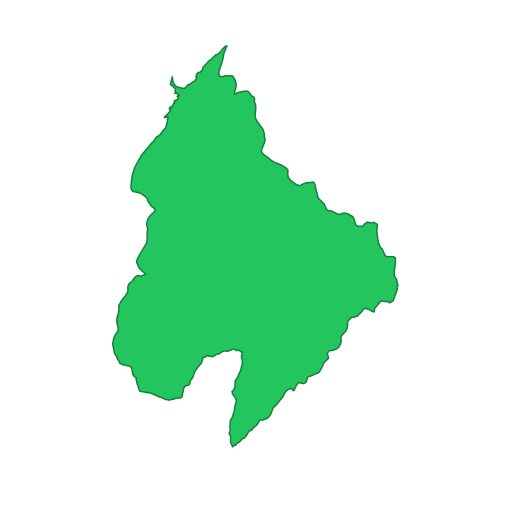 outline of Encino, Santander, Colombia, rotated 20°
{"feature_id": "7082276B76520199809623", "entity_name": "Encino", "entity_type": "district", "adm_level": 2, "iso_a3": "COL", "parent_name": "Colombia", "parent_adm1": "Santander", "projection": "equal_earth", "projection_center": [-73.108, 6.085], "detail": "fine", "context": "isolated", "style": "filled", "palette": "green", "viewbox_px": 512, "rotation_deg": 20, "n_neighbors": 0, "source": "geoboundaries", "source_scale": "gbopen_adm2", "svg_char_len": 6139}
<svg xmlns="http://www.w3.org/2000/svg" viewBox="0 0 512 512"><g transform="rotate(20 256 256)"><path d="M276.3,353.9L276.9,355.8L279.6,360.4L280.0,362.0L280.1,363.4L280.4,363.9L280.3,365.9L280.7,368.6L280.3,372.4L280.3,376.1L279.8,377.4L279.3,381.0L281.0,385.8L280.9,388.6L280.8,389.7L279.8,391.6L281.4,393.9L284.4,395.8L286.8,398.2L287.1,398.8L287.5,403.8L288.9,410.6L288.6,411.2L288.9,413.6L288.9,415.4L288.3,419.0L288.4,420.1L289.9,425.4L290.3,426.4L290.9,427.1L291.3,428.1L291.4,432.0L293.9,434.2L296.0,440.2L297.5,441.3L299.1,443.2L299.8,442.1L301.6,440.8L302.0,439.0L302.5,438.2L303.9,436.6L305.8,432.3L307.0,431.5L307.5,430.6L308.3,428.6L309.3,423.1L311.6,421.0L312.6,417.6L312.9,417.5L314.3,414.9L315.2,411.9L315.5,409.8L315.9,408.9L316.6,408.3L318.1,408.1L320.1,406.3L321.2,405.6L322.0,404.7L323.1,402.8L324.0,399.1L324.0,393.5L324.4,392.0L325.3,390.5L326.2,388.5L329.6,378.4L329.7,375.0L331.4,371.0L332.1,370.0L334.6,368.4L335.2,368.6L336.6,369.7L337.4,369.7L337.8,369.1L338.1,364.0L338.9,361.1L339.3,360.4L344.1,359.7L345.2,358.8L346.0,357.7L346.4,356.1L345.8,352.4L346.5,351.5L348.7,349.9L350.0,348.7L351.8,346.6L353.7,345.3L354.7,344.2L355.2,342.8L356.0,338.7L356.2,336.5L356.2,333.9L357.5,330.5L358.7,328.4L359.0,327.3L358.9,326.8L356.7,323.8L356.4,322.8L356.9,320.6L357.6,319.6L359.8,318.9L363.4,315.9L365.0,313.3L365.5,310.3L365.4,308.2L364.8,305.8L363.5,303.4L363.6,302.0L365.8,296.4L366.3,294.6L366.4,293.2L365.7,289.6L364.7,287.0L364.6,286.2L366.0,282.6L366.9,281.0L370.2,279.1L372.1,277.5L372.4,276.3L373.6,274.0L374.4,272.0L375.3,268.7L376.6,267.9L380.5,267.7L382.3,267.8L383.0,268.2L383.9,268.4L385.2,268.3L386.1,268.0L386.0,266.4L385.4,265.3L385.4,264.7L388.4,256.7L389.0,255.7L390.3,254.9L392.3,254.8L394.6,254.0L396.4,253.8L396.9,254.1L397.8,254.2L400.2,251.1L400.2,238.9L400.0,238.3L399.5,238.0L399.2,237.4L399.5,235.1L398.6,234.1L396.1,230.0L392.8,227.3L392.1,225.6L390.9,221.9L389.5,215.2L387.5,209.9L385.2,209.7L380.5,211.4L378.5,211.9L377.4,211.4L375.5,209.8L372.5,206.5L370.1,205.4L366.6,201.8L364.7,198.5L360.9,191.2L359.8,186.3L359.1,184.9L358.2,184.4L356.8,184.8L356.0,184.1L355.4,184.0L353.0,185.5L349.0,186.1L346.7,189.4L346.7,190.7L345.7,191.9L344.2,192.1L343.2,192.8L341.2,193.1L339.1,192.7L335.1,187.3L333.4,185.9L327.4,184.9L324.1,185.4L321.4,187.5L319.3,188.8L311.1,187.9L308.6,188.6L307.5,188.6L306.0,187.6L303.3,185.1L302.3,183.8L295.5,180.7L293.9,179.5L292.6,177.2L289.9,173.5L287.7,169.8L285.9,167.5L284.5,166.9L281.7,168.5L279.2,169.4L277.3,170.8L274.8,172.9L273.7,174.8L269.9,175.1L265.0,173.9L261.0,172.3L258.8,170.3L257.6,167.6L256.6,164.4L256.1,163.9L253.9,163.0L248.7,161.8L240.5,161.6L237.2,160.8L233.4,159.3L229.7,158.5L227.0,157.3L225.2,155.7L224.9,153.6L225.2,146.5L224.6,143.1L223.0,140.7L221.4,137.3L219.0,134.4L211.9,129.7L209.5,127.7L207.9,126.0L207.1,124.2L205.4,117.6L204.1,114.5L201.8,111.6L201.0,109.3L199.9,107.5L197.9,107.2L196.4,106.6L193.7,104.6L192.1,104.1L190.4,104.4L187.7,105.7L184.1,107.9L182.1,109.5L180.8,111.2L180.2,110.9L179.7,109.3L179.6,104.8L178.4,100.9L176.6,98.3L172.8,94.9L171.4,95.1L165.6,97.1L163.1,99.0L161.3,99.4L159.8,99.3L158.7,97.5L158.1,94.9L157.7,84.0L157.2,80.3L156.8,78.5L156.5,75.9L156.9,68.8L155.7,69.1L155.3,69.7L153.8,72.9L153.1,75.3L151.9,78.1L151.0,79.5L149.4,80.8L148.0,83.6L147.3,84.6L147.4,85.5L147.2,86.3L146.3,86.9L144.5,89.7L144.3,91.2L142.2,95.1L141.6,97.6L142.1,99.5L141.7,100.5L141.3,100.7L140.7,102.3L140.1,102.9L139.2,103.0L138.0,105.4L138.2,107.7L138.4,108.0L138.7,107.3L139.1,108.0L139.3,109.4L138.9,111.9L138.2,113.0L136.6,114.8L136.0,115.9L135.6,116.3L135.3,117.5L133.7,117.9L132.3,121.4L131.4,122.9L129.9,123.5L125.6,123.9L124.6,124.2L123.1,123.9L119.9,122.3L117.2,118.6L116.0,115.9L116.8,124.0L117.2,124.4L118.5,124.4L121.3,125.8L122.4,126.1L123.1,126.8L124.1,129.7L124.3,130.9L125.9,129.9L126.2,129.9L127.2,131.1L128.8,131.4L128.9,131.8L128.6,132.3L127.4,132.9L127.7,133.3L128.7,134.0L128.9,134.7L128.9,135.4L127.6,136.8L126.3,137.8L126.3,138.6L127.4,139.8L127.4,140.4L126.5,140.5L125.8,145.8L125.6,146.1L124.7,145.2L124.2,146.9L124.4,147.6L125.5,148.5L125.7,149.4L124.7,151.9L124.5,153.0L122.5,156.4L122.5,156.9L123.0,157.1L125.2,155.8L125.8,155.6L126.3,155.8L126.1,157.9L126.3,158.8L126.7,159.3L126.7,160.8L127.1,163.5L127.1,167.1L125.9,169.6L124.5,174.4L123.4,176.5L121.7,178.2L120.9,182.1L118.9,186.6L114.0,200.2L111.8,213.6L111.8,216.2L112.2,222.7L113.3,228.0L115.1,234.6L116.4,236.3L118.1,237.4L123.7,236.7L127.1,236.6L133.2,238.6L134.3,239.5L135.5,241.2L137.3,242.7L140.9,245.1L144.9,246.4L145.4,247.6L145.3,249.4L144.5,251.1L143.4,252.7L142.4,255.5L141.9,258.0L141.8,260.1L142.3,262.9L143.1,264.9L144.8,267.2L146.3,273.2L147.4,275.8L148.7,280.1L148.7,281.4L146.0,295.9L145.5,299.5L145.6,301.2L146.0,302.8L149.7,306.7L151.1,307.8L155.4,309.6L158.3,310.4L158.3,310.9L157.8,311.8L156.4,312.6L155.3,314.2L154.3,314.4L152.4,314.4L151.5,314.8L150.5,315.9L149.7,317.1L149.0,319.0L148.4,321.9L146.4,325.1L146.0,326.3L146.3,329.5L146.7,330.5L147.3,331.4L147.6,334.2L147.0,337.2L146.9,338.5L145.7,340.7L144.6,345.1L144.4,347.3L144.1,348.4L144.1,349.8L145.3,352.5L145.8,354.2L146.2,356.5L146.5,361.6L147.2,364.2L148.6,367.1L149.3,367.9L151.0,370.7L152.0,373.4L150.7,378.5L150.5,381.1L150.7,383.6L151.5,387.9L156.5,396.0L159.5,398.2L161.3,400.5L163.3,401.5L164.4,403.2L167.8,403.8L171.1,403.2L172.8,403.2L175.2,402.5L177.8,404.3L179.9,407.7L180.4,409.1L182.9,410.9L185.3,411.5L185.6,413.2L186.6,414.3L187.9,416.6L192.7,422.5L193.3,422.7L200.4,421.6L203.2,420.8L213.8,421.5L215.1,421.3L219.7,421.7L223.5,421.2L225.6,419.9L226.0,419.3L227.3,418.9L230.2,416.6L233.3,415.4L234.5,414.1L234.7,413.1L234.0,410.5L233.9,408.3L233.3,405.8L233.4,404.7L233.7,403.1L234.6,401.8L236.9,400.3L237.4,399.1L237.0,395.8L237.2,394.8L238.1,392.2L238.1,389.5L237.9,385.9L239.8,379.0L241.4,375.3L241.4,373.6L240.9,369.4L242.8,368.3L244.4,366.0L245.7,366.2L249.9,365.4L252.9,361.4L255.0,360.5L256.3,358.2L258.2,356.4L259.7,355.7L262.4,355.1L262.9,354.0L263.8,353.7L265.2,352.3L266.8,351.3L268.1,351.0L270.2,351.5L272.3,350.4L273.0,350.4L274.0,351.1L275.9,351.2L276.4,352.8L276.3,353.9Z" fill="#22c55e" stroke="#15803d" stroke-width="1.5"/></g></svg>